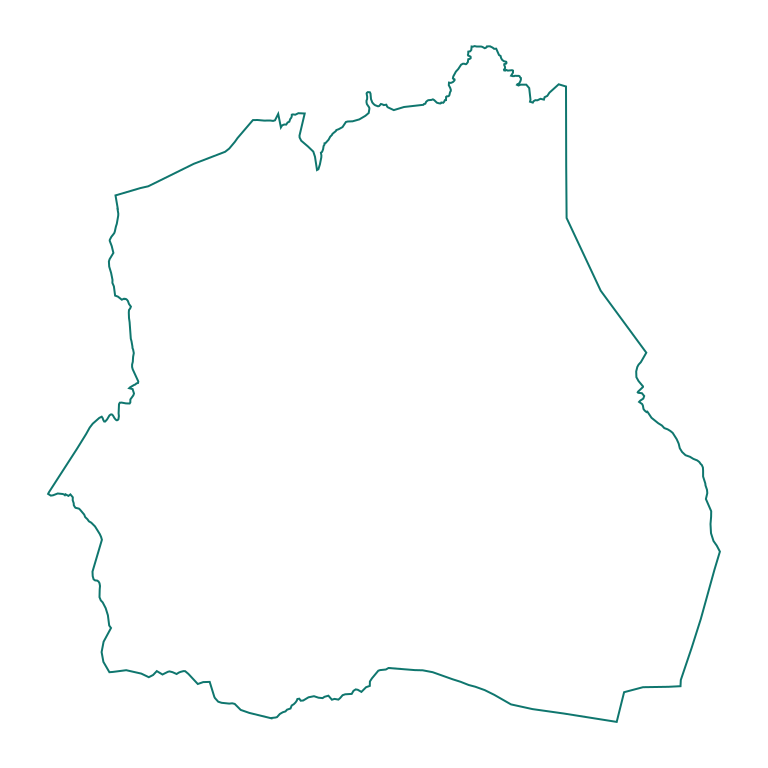 the district of Chila, Puebla, Mexico
{"feature_id": "50627088B98885492847663", "entity_name": "Chila", "entity_type": "district", "adm_level": 2, "iso_a3": "MEX", "parent_name": "Mexico", "parent_adm1": "Puebla", "projection": "natural_earth1", "projection_center": [-97.885, 17.967], "detail": "fine", "context": "isolated", "style": "outline", "palette": "teal", "viewbox_px": 768, "rotation_deg": 0, "n_neighbors": 0, "source": "geoboundaries", "source_scale": "gbopen_adm2", "svg_char_len": 5974}
<svg xmlns="http://www.w3.org/2000/svg" viewBox="0 0 768 768"><path d="M271.4,718.3L271.4,718.0L275.6,717.5L277.0,717.1L279.8,714.0L282.7,712.3L285.5,711.4L287.0,709.7L290.5,708.5L291.7,705.5L293.8,704.2L295.5,702.5L296.8,700.6L297.4,699.0L299.3,698.7L300.7,700.7L303.2,700.5L308.5,697.3L314.0,696.2L318.5,697.7L322.6,698.1L324.5,696.8L328.4,695.7L331.9,699.7L334.5,698.9L338.4,699.6L340.1,698.1L342.6,695.2L345.2,694.3L351.7,693.9L353.5,690.8L355.7,689.4L357.8,689.8L361.4,691.9L366.1,687.2L369.8,685.9L369.9,681.5L371.9,678.4L378.3,670.7L380.1,670.1L385.9,669.5L388.5,668.0L414.8,670.1L422.7,670.3L432.7,672.2L452.7,679.3L460.6,681.8L468.7,685.0L475.2,686.7L484.7,690.1L494.2,694.8L511.0,704.4L532.5,709.1L563.7,713.5L616.7,721.9L624.1,692.2L643.0,687.2L668.4,686.8L680.5,686.2L680.8,680.0L691.7,647.7L700.8,619.0L714.4,569.9L719.9,551.6L716.8,545.7L713.5,541.0L711.0,533.2L710.5,524.0L711.1,516.8L711.2,511.2L705.9,499.0L707.3,493.1L707.0,489.8L705.5,485.4L705.3,483.5L703.1,476.5L703.1,470.6L702.9,467.5L701.8,465.0L700.8,464.1L699.3,462.0L697.2,460.4L693.4,458.9L690.0,456.8L685.5,455.2L682.1,452.0L679.8,448.3L678.7,443.7L676.7,439.2L672.7,432.9L670.4,431.0L667.6,429.3L664.3,428.1L661.9,425.5L658.2,423.2L651.5,417.8L647.7,412.1L647.2,411.6L646.5,412.1L644.7,410.6L643.5,409.0L642.9,405.6L642.2,404.1L639.1,401.9L640.3,400.6L643.3,398.6L644.2,396.0L641.9,393.2L638.2,392.8L637.7,392.3L638.1,391.6L642.9,387.1L643.0,386.4L638.5,381.0L636.4,377.2L636.2,371.4L637.3,367.0L638.6,364.6L640.9,362.1L646.3,352.7L600.7,290.7L566.6,218.0L566.2,165.6L566.0,86.5L558.7,84.3L549.4,92.7L547.3,95.9L544.6,97.2L543.9,99.6L540.5,98.8L537.4,100.3L535.3,100.2L533.6,101.2L532.8,102.6L530.0,101.7L530.5,99.7L529.2,88.1L526.3,84.7L520.5,84.7L518.5,85.5L517.0,84.8L517.5,84.1L518.4,84.0L519.3,83.1L520.3,81.4L520.9,79.6L520.9,78.0L520.2,77.5L519.5,76.2L518.8,75.9L514.8,75.8L514.2,76.1L512.5,76.1L511.1,75.7L513.0,72.6L513.0,70.6L512.1,70.2L507.8,70.6L506.5,70.0L505.2,70.6L504.2,70.4L504.0,69.5L504.7,68.9L505.1,68.0L504.9,66.5L504.2,65.0L504.3,64.1L505.9,63.7L506.3,63.3L506.5,62.9L506.2,61.8L503.7,61.1L502.0,59.7L501.0,57.8L500.6,56.0L499.0,55.0L496.2,48.7L494.1,48.8L492.6,47.6L490.0,46.3L487.0,46.4L486.8,47.0L486.3,47.2L485.9,47.8L484.7,48.2L482.4,46.9L481.0,46.5L476.5,46.5L474.6,46.1L472.8,46.7L471.6,46.5L471.3,49.9L470.2,51.3L468.3,51.6L468.2,54.1L467.9,54.9L468.2,55.6L470.4,56.5L470.7,57.0L470.6,58.3L469.5,59.0L468.3,59.2L467.8,62.2L466.3,64.1L465.5,64.2L464.5,63.8L463.0,63.7L461.1,64.7L458.2,69.1L455.9,71.6L453.3,76.4L452.9,78.3L453.5,79.0L454.4,79.2L454.6,79.7L454.5,80.4L453.1,81.9L451.5,82.7L450.6,82.9L449.0,82.6L448.8,85.2L450.2,87.9L450.8,89.7L450.8,90.9L450.0,92.3L449.4,95.1L448.9,95.9L448.0,96.3L446.8,96.3L446.1,96.9L446.0,100.1L444.8,100.2L444.2,101.7L443.2,102.8L441.7,102.5L441.2,102.6L441.1,103.1L440.3,103.5L438.6,103.2L436.9,102.7L434.3,100.2L433.0,99.4L432.6,99.4L431.6,99.9L428.3,100.2L427.7,100.5L426.2,101.7L425.3,103.7L424.0,104.0L423.4,104.8L404.0,107.0L393.8,110.1L388.0,107.4L387.2,106.7L386.3,104.7L383.7,105.1L382.7,104.5L380.9,104.0L379.2,106.0L378.0,106.3L375.1,105.2L373.8,104.2L372.3,102.5L371.0,99.1L370.5,93.6L369.9,92.3L367.9,92.1L366.9,92.8L366.6,93.5L367.2,96.8L367.1,99.1L366.5,100.6L366.5,102.3L366.9,104.1L369.2,107.5L369.4,108.7L368.7,113.0L365.4,115.8L359.3,119.4L352.6,121.3L347.7,121.5L345.9,122.0L342.5,127.1L338.7,129.2L336.3,130.1L335.9,131.0L332.5,133.8L331.9,135.0L330.2,136.7L328.6,139.7L325.6,143.0L324.5,143.3L324.5,144.6L323.6,146.0L323.1,149.2L322.1,151.8L320.9,152.7L321.4,155.4L321.3,157.4L319.9,164.4L318.4,169.2L317.0,170.0L315.0,156.8L313.3,151.6L308.0,146.5L301.2,140.7L299.6,137.5L299.5,135.6L304.7,113.5L298.4,113.2L295.3,114.7L292.9,114.4L291.8,114.7L291.7,116.6L291.2,117.8L290.2,119.1L289.3,121.7L287.6,122.5L286.2,124.6L284.2,124.5L282.1,125.4L280.9,127.4L278.2,113.9L275.0,120.3L273.1,120.9L270.0,120.5L264.2,120.6L257.5,120.0L252.9,120.1L237.5,138.1L234.9,141.8L229.2,148.6L225.1,151.8L193.8,163.8L148.2,186.3L140.3,188.1L115.5,195.4L117.8,208.8L117.5,208.8L118.3,213.7L118.2,215.8L116.8,223.8L115.9,226.6L114.8,231.6L114.2,233.2L111.3,236.9L109.8,239.8L109.7,240.8L111.7,246.0L113.4,252.9L109.6,259.2L108.9,261.5L109.2,266.6L111.1,272.9L112.5,279.9L112.4,282.9L113.9,286.4L115.1,295.6L117.9,296.6L121.8,299.7L124.1,298.7L124.8,299.1L125.7,298.9L126.9,299.7L127.9,301.0L129.0,304.0L130.9,306.6L130.2,308.4L129.0,310.0L128.8,312.5L129.0,318.0L129.6,322.1L130.8,338.7L131.5,341.2L132.4,346.4L132.5,348.1L133.1,349.5L133.8,353.1L133.1,356.9L132.8,361.8L132.1,364.5L132.1,367.0L132.7,369.3L138.0,380.8L138.3,381.6L138.0,383.0L136.5,383.4L135.3,384.5L134.2,384.9L130.1,387.3L129.2,388.2L132.6,389.1L134.0,393.5L133.3,395.4L130.4,399.4L130.3,402.5L129.6,403.5L126.0,403.4L121.6,402.6L119.8,402.7L119.0,404.2L118.6,413.4L118.9,416.1L118.4,419.3L117.7,420.0L116.9,420.3L115.9,419.8L114.6,418.3L112.9,415.4L111.8,414.4L110.7,414.5L109.4,415.5L107.1,419.4L105.2,421.5L104.2,421.5L103.5,420.4L102.5,417.8L101.7,416.7L99.3,417.9L92.7,423.7L89.7,427.6L86.2,433.9L77.1,448.6L48.9,492.3L48.1,493.9L50.8,495.6L53.0,495.3L57.7,493.5L62.7,494.0L64.1,494.5L64.9,495.2L65.5,494.3L68.4,495.9L70.4,494.4L72.8,497.3L72.7,500.2L73.7,503.2L73.8,505.2L74.7,506.8L75.5,507.8L78.9,508.6L80.0,509.6L84.2,514.6L85.2,517.1L87.4,519.2L88.9,521.3L91.3,522.7L95.0,526.4L99.8,534.1L101.1,537.0L101.9,539.8L92.5,571.6L92.7,576.1L93.6,579.3L95.1,580.4L97.2,580.6L98.5,581.5L99.5,583.2L100.0,586.0L99.7,589.5L99.5,597.2L100.8,600.4L102.7,602.4L105.7,608.2L107.9,615.3L109.2,625.5L111.0,628.0L103.6,641.7L101.6,652.1L103.4,661.9L109.4,672.2L113.1,671.9L126.2,670.2L141.3,673.6L148.8,677.2L153.1,675.0L156.8,671.1L162.5,674.5L167.9,671.8L169.5,671.4L172.6,672.2L176.6,674.0L178.8,672.6L180.5,671.9L183.5,671.1L185.2,671.2L188.4,673.9L197.8,684.0L203.2,682.1L209.7,681.9L214.3,696.8L214.9,698.0L218.2,701.7L221.6,702.8L229.2,703.6L232.2,703.3L234.7,703.9L240.7,709.9L249.3,712.9L271.4,718.3Z" fill="none" stroke="#0f766e" stroke-width="2"/></svg>